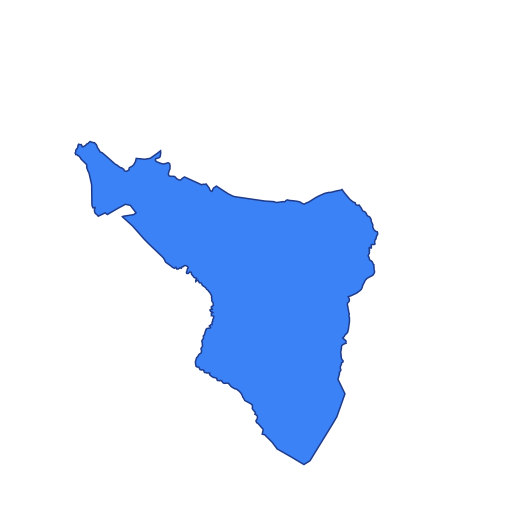 outline of Kaiti, Eastern, Kenya, rotated 233°
{"feature_id": "3690345B42792892468176", "entity_name": "Kaiti", "entity_type": "district", "adm_level": 2, "iso_a3": "KEN", "parent_name": "Kenya", "parent_adm1": "Eastern", "projection": "albers", "projection_center": [37.461, -1.788], "detail": "fine", "context": "isolated", "style": "filled", "palette": "blue", "viewbox_px": 512, "rotation_deg": 233, "n_neighbors": 0, "source": "geoboundaries", "source_scale": "gbopen_adm2", "svg_char_len": 6163}
<svg xmlns="http://www.w3.org/2000/svg" viewBox="0 0 512 512"><g transform="rotate(233 256 256)"><path d="M397.5,243.1L397.4,239.0L397.7,230.3L400.2,225.4L406.0,219.1L404.0,216.6L403.0,214.5L402.5,213.2L402.3,211.8L402.3,210.5L402.6,209.1L402.7,207.9L402.1,207.1L401.1,206.3L401.5,203.8L402.3,202.8L403.2,202.2L405.0,202.6L405.9,202.1L407.1,201.9L408.0,201.0L410.3,200.2L412.1,199.8L413.4,199.1L414.6,198.7L423.6,196.9L431.0,195.3L433.0,194.1L434.9,194.4L438.0,194.6L440.8,195.5L443.7,195.2L444.4,194.4L445.3,193.6L447.3,192.4L447.2,191.1L447.0,190.2L447.0,189.3L447.3,188.2L446.9,186.3L447.0,185.1L447.2,184.1L447.8,182.9L449.0,183.4L450.2,183.5L450.7,182.6L452.0,181.7L451.6,180.6L450.0,179.0L449.5,178.1L449.4,176.7L448.7,175.5L447.7,174.7L447.1,173.6L446.3,173.3L445.4,173.1L444.8,174.0L443.6,174.1L441.8,174.9L440.1,174.8L438.9,174.6L431.3,175.7L430.4,175.6L428.9,174.3L427.9,173.8L426.7,173.5L425.7,173.1L423.1,172.6L422.1,172.3L411.8,167.6L396.1,156.1L394.4,155.2L392.5,154.8L391.6,156.6L390.9,156.0L390.6,155.2L389.9,154.5L387.8,153.5L386.6,153.3L385.1,153.8L382.7,154.0L381.2,161.5L378.6,162.2L377.2,174.1L375.9,182.8L372.1,186.1L362.7,186.2L362.7,183.1L367.7,173.8L367.8,172.9L354.3,175.5L337.0,176.8L331.5,177.5L311.9,180.7L310.3,180.9L308.2,180.7L306.0,180.2L305.1,180.2L299.8,181.9L297.7,182.4L296.5,182.8L295.2,183.6L295.2,185.2L294.3,185.2L293.2,184.9L292.4,186.0L292.4,187.9L291.1,189.0L291.9,190.6L291.3,191.5L291.4,193.1L290.8,193.9L289.8,194.6L288.5,195.0L287.4,194.8L287.2,193.9L286.7,193.1L285.7,192.1L284.9,190.6L283.7,190.2L282.8,191.4L283.1,193.4L282.3,194.3L281.3,194.2L280.1,193.5L278.6,193.7L276.1,193.6L274.0,195.1L273.4,194.4L272.8,193.1L271.8,192.6L272.0,194.1L271.6,195.0L270.2,194.8L268.7,194.7L267.9,195.6L267.0,196.0L264.9,195.5L262.2,196.4L260.5,196.8L259.3,196.5L257.6,197.1L256.3,196.9L254.9,197.2L250.4,196.5L249.9,195.6L247.9,194.7L247.1,193.9L245.8,193.5L244.7,193.7L242.3,192.2L242.1,191.1L242.5,190.0L241.7,189.3L240.7,189.3L239.8,189.0L240.6,187.9L240.6,186.7L239.0,186.4L237.9,187.2L236.8,187.5L237.1,185.8L235.9,185.1L235.2,184.4L234.1,185.6L233.1,185.9L232.3,185.1L230.9,182.8L229.8,182.1L229.6,181.0L227.7,179.7L228.3,178.8L228.2,177.7L228.2,176.6L227.1,176.8L226.1,176.6L226.3,175.4L227.0,174.6L227.6,173.1L227.5,172.0L226.0,169.8L224.2,167.5L223.9,165.9L222.0,164.5L221.4,163.5L221.3,162.5L220.5,161.4L219.1,160.9L217.2,159.6L216.3,159.3L215.9,158.4L215.6,157.3L214.9,156.1L213.1,155.5L211.7,154.1L211.6,153.2L211.7,151.0L210.6,148.9L210.6,147.5L209.9,146.5L208.9,145.2L208.1,144.0L206.2,142.8L203.9,141.7L202.8,142.2L201.8,143.3L200.3,143.2L199.0,142.9L197.7,143.9L197.0,145.2L195.7,145.4L194.9,144.9L193.9,144.8L193.1,145.8L192.2,146.2L191.0,147.9L190.3,148.6L189.7,147.8L188.8,147.5L187.9,147.9L186.8,147.9L185.7,148.5L184.6,148.9L182.9,150.6L181.6,151.0L180.6,150.3L179.5,150.5L178.9,151.4L178.2,151.9L177.6,153.2L176.2,153.4L174.9,153.3L174.0,153.6L173.1,154.4L171.9,156.4L170.7,157.5L169.4,157.3L168.2,157.6L167.0,157.5L165.7,157.9L164.4,158.4L163.5,158.9L162.5,159.3L161.2,160.5L160.2,160.6L157.9,161.3L154.8,161.4L153.4,161.2L151.1,160.5L149.7,160.5L147.3,160.1L141.7,162.7L139.4,163.4L137.8,162.5L136.4,161.2L134.8,161.1L131.2,161.3L130.3,159.9L129.1,160.5L127.8,160.8L126.6,160.3L125.8,159.6L125.2,158.8L124.8,158.0L124.4,156.7L122.4,156.2L121.2,156.8L117.6,157.1L115.1,157.2L113.7,157.5L112.7,157.0L111.7,155.7L109.9,153.7L107.9,155.5L106.9,155.5L97.6,156.8L89.1,156.8L76.9,162.1L60.6,168.8L60.0,175.9L75.1,214.4L78.9,223.7L92.4,244.1L108.5,247.3L109.0,248.3L111.9,252.0L112.8,252.4L113.5,254.6L114.2,255.4L115.1,255.6L116.2,256.2L117.2,257.3L117.8,258.6L118.5,259.4L119.3,260.1L119.0,261.4L119.6,262.4L121.8,262.4L123.3,262.8L124.2,263.3L125.0,264.0L126.0,264.4L126.8,265.1L127.7,265.4L128.4,265.9L129.3,267.0L130.8,268.6L131.8,269.4L132.9,270.6L132.9,271.9L132.6,274.2L132.1,275.4L133.0,275.9L133.8,276.7L135.1,276.6L138.3,275.9L138.7,278.2L139.3,279.4L139.5,281.3L139.9,283.2L142.0,285.8L147.4,291.2L150.6,293.6L152.3,294.1L153.4,295.6L155.5,296.3L156.6,297.0L158.9,298.0L159.9,298.7L161.8,299.5L162.7,300.0L163.3,300.9L163.7,303.0L164.4,303.8L165.4,304.6L168.0,305.1L167.1,307.9L166.4,311.2L165.8,314.3L165.8,318.4L166.0,320.1L167.0,321.9L168.0,323.1L169.0,324.9L169.9,326.9L170.8,328.4L171.3,331.5L170.3,337.6L171.1,339.9L171.7,340.9L172.7,341.6L174.9,342.5L175.7,343.4L177.0,344.0L178.0,344.9L179.1,344.7L180.2,345.1L181.6,345.3L182.8,345.1L183.7,344.6L184.8,344.5L187.4,345.6L188.4,345.5L189.0,346.1L190.3,348.6L191.7,349.2L192.2,350.2L193.1,350.4L194.2,350.9L194.5,351.8L193.6,352.1L193.0,352.8L193.6,353.5L194.4,354.0L195.4,354.5L195.6,355.4L194.7,356.3L194.1,357.2L194.0,358.3L195.1,358.7L196.1,359.5L197.1,360.5L197.5,362.2L198.3,362.9L199.2,364.1L200.3,366.4L201.0,366.9L202.4,367.4L203.5,366.5L206.2,365.9L207.5,366.4L208.6,366.4L209.9,367.5L210.7,368.1L213.4,368.7L214.6,369.1L216.1,370.0L217.4,370.2L218.5,370.3L219.3,370.1L220.7,369.3L221.8,369.2L222.9,369.5L224.0,369.7L225.3,369.7L226.8,369.0L227.9,368.3L230.8,368.9L234.7,369.0L235.2,367.7L236.6,366.8L237.8,366.7L238.7,367.3L239.5,366.9L241.0,365.9L243.1,365.5L244.1,365.1L253.0,364.6L257.4,364.7L257.4,363.8L259.7,359.1L261.7,354.2L263.0,352.4L264.7,348.5L266.1,342.4L266.7,338.8L267.4,330.4L268.1,328.1L268.4,325.7L270.0,324.6L272.0,323.9L273.0,323.4L274.8,321.9L278.1,318.6L279.0,317.5L279.9,316.6L280.6,315.7L281.6,315.2L282.1,314.5L282.2,313.3L282.0,312.3L282.3,311.1L283.2,310.3L285.8,305.5L287.1,303.8L288.4,303.2L289.8,301.7L294.6,296.1L315.9,275.0L317.5,273.7L322.2,271.3L335.7,266.4L335.8,263.3L335.6,262.3L334.1,259.8L335.1,259.1L336.3,258.9L338.4,259.5L343.6,259.5L343.9,258.4L344.7,257.5L345.3,256.6L345.6,255.4L346.6,254.9L362.1,246.5L362.3,245.4L362.3,244.2L362.3,243.2L362.0,241.6L362.9,240.5L364.0,239.8L365.5,239.2L367.6,239.0L368.5,238.8L369.2,238.1L371.4,235.4L372.4,234.8L374.1,235.2L375.3,236.6L376.6,238.3L377.0,239.3L377.6,239.9L380.0,241.8L381.9,242.6L383.4,241.9L384.8,238.1L385.7,236.9L387.9,235.3L390.9,233.5L391.9,233.2L392.8,233.2L393.7,233.8L394.0,234.6L393.3,236.4L392.9,237.4L392.8,238.6L393.5,239.8L394.7,241.0L396.0,242.2L397.5,243.1Z" fill="#3b82f6" stroke="#1e3a8a" stroke-width="1.5"/></g></svg>